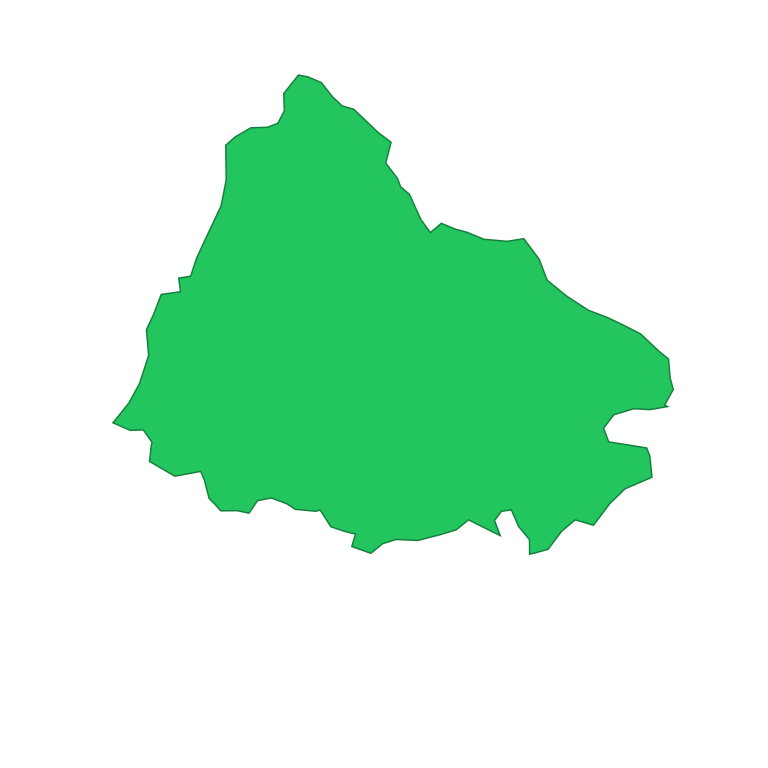 Tala, Paphos, Cyprus (Albers equal-area conic projection), rotated 37°
{"feature_id": "46923920B20038687407930", "entity_name": "Tala", "entity_type": "district", "adm_level": 2, "iso_a3": "CYP", "parent_name": "Cyprus", "parent_adm1": "Paphos", "projection": "albers", "projection_center": [32.433, 34.838], "detail": "fine", "context": "isolated", "style": "filled", "palette": "green", "viewbox_px": 768, "rotation_deg": 37, "n_neighbors": 0, "source": "geoboundaries", "source_scale": "gbopen_adm2", "svg_char_len": 1514}
<svg xmlns="http://www.w3.org/2000/svg" viewBox="0 0 768 768"><g transform="rotate(37 384 384)"><path d="M190.9,578.1L209.1,573.8L219.5,565.5L233.8,570.2L235.5,573.8L243.4,587.0L272.4,583.5L290.2,564.1L298.8,569.1L313.1,580.6L321.0,581.7L329.9,583.5L332.3,581.7L343.1,573.4L353.9,568.4L353.2,553.3L362.5,542.9L378.2,538.2L388.5,537.5L406.1,526.7L408.9,523.1L427.5,530.0L441.5,525.3L451.5,521.0L456.1,533.2L475.4,527.1L479.0,512.4L487.2,500.9L505.1,488.7L519.4,470.7L529.4,457.1L533.3,441.6L554.8,437.7L568.0,435.1L554.4,426.5L554.4,415.0L561.5,407.9L577.3,416.8L593.8,420.7L602.8,432.4L606.6,427.6L614.5,417.3L614.5,394.9L618.4,377.5L636.3,370.7L636.3,343.8L639.6,322.5L654.1,297.2L639.6,281.5L632.3,277.0L598.3,295.0L586.0,287.2L586.0,270.3L598.3,253.5L611.7,244.5L624.0,231.4L620.8,231.9L618.3,214.3L608.7,206.8L596.2,192.8L584.4,192.4L558.6,189.6L540.4,192.8L522.6,196.4L502.9,202.1L477.2,203.9L451.8,202.9L432.9,191.0L408.2,183.8L396.4,196.0L376.7,208.3L358.9,212.9L348.5,217.2L333.1,221.2L329.9,235.2L314.6,230.5L304.6,225.1L290.3,217.2L278.5,216.5L271.3,211.8L252.4,206.5L244.2,186.7L228.4,186.7L194.5,182.8L183.1,187.1L169.8,185.6L152.7,181.0L138.4,184.5L129.8,188.7L129.7,190.2L129.1,212.3L140.0,225.8L142.3,239.7L136.4,249.1L123.5,259.5L116.5,276.1L113.9,288.5L128.7,307.6L135.2,316.0L146.7,339.8L153.4,372.0L158.5,395.9L164.7,414.3L156.3,423.0L166.0,432.7L152.2,446.5L158.1,467.1L161.6,483.6L178.9,502.9L188.5,531.0L191.7,553.0L190.9,578.1Z" fill="#22c55e" stroke="#15803d" stroke-width="1.5"/></g></svg>